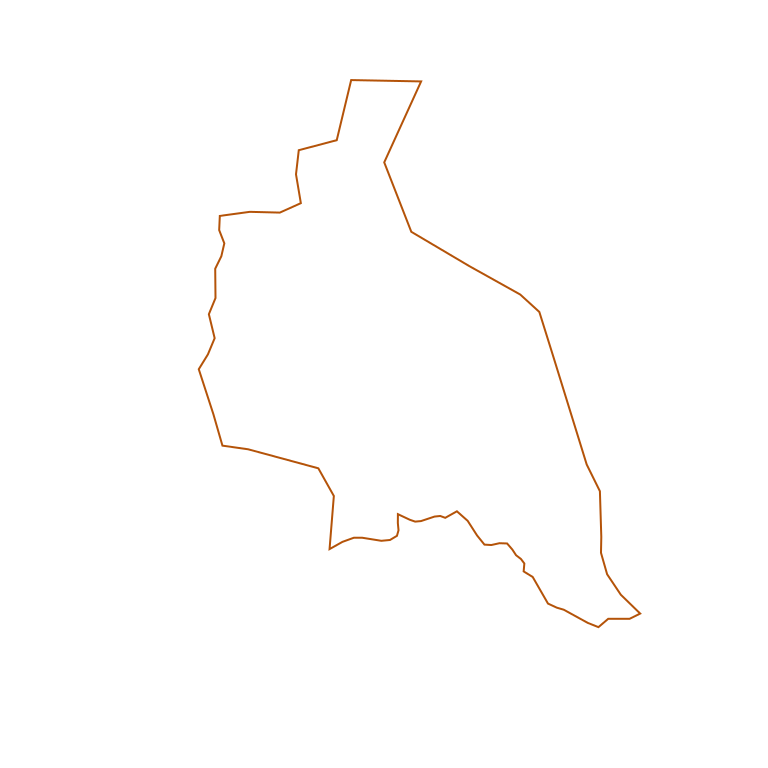 an SVG outline of Apac, rotated 252°
{"feature_id": "UGA-5604", "entity_name": "Apac", "entity_type": "District", "adm_level": 1, "iso_a3": "UGA", "parent_name": "Uganda", "parent_adm1": "", "projection": "mercator", "projection_center": [32.461, 1.914], "detail": "fine", "context": "isolated", "style": "outline", "palette": "amber", "viewbox_px": 768, "rotation_deg": 252, "n_neighbors": 0, "source": "natural_earth", "source_scale": "10m", "svg_char_len": 1037}
<svg xmlns="http://www.w3.org/2000/svg" viewBox="0 0 768 768"><g transform="rotate(252 384 384)"><path d="M215.3,556.2L171.4,543.4L156.4,538.2L134.1,537.4L110.4,544.1L86.5,556.7L84.8,545.1L91.4,524.7L86.5,512.8L93.8,504.0L113.8,485.2L117.9,479.2L124.5,472.1L154.5,465.8L162.6,458.9L169.9,462.0L175.2,460.2L180.3,456.7L186.9,454.9L194.3,451.8L196.9,444.6L197.7,436.3L200.2,429.9L211.2,425.7L228.0,421.3L240.4,414.0L237.8,400.9L241.1,396.7L242.3,391.1L242.2,376.8L243.5,371.1L246.9,366.6L255.9,357.0L247.5,354.2L240.4,352.6L235.6,349.4L233.8,341.5L235.7,333.0L244.5,315.8L247.1,307.9L246.7,295.7L243.8,281.2L293.0,301.7L324.1,295.5L363.9,234.6L375.3,211.3L407.9,212.4L455.3,212.4L466.6,225.7L479.9,237.1L504.5,239.0L517.8,250.3L545.8,259.1L555.8,268.8L567.1,275.6L581.3,274.8L594.6,279.8L589.2,309.6L579.2,337.9L581.7,360.8L610.6,365.1L632.7,375.2L630.5,414.4L683.2,446.7L660.3,512.8L594.7,452.7L520.3,457.0L469.7,501.6L427.0,541.2L404.5,554.0L358.9,553.5L244.8,551.9L215.3,556.2Z" fill="none" stroke="#b45309" stroke-width="2"/></g></svg>